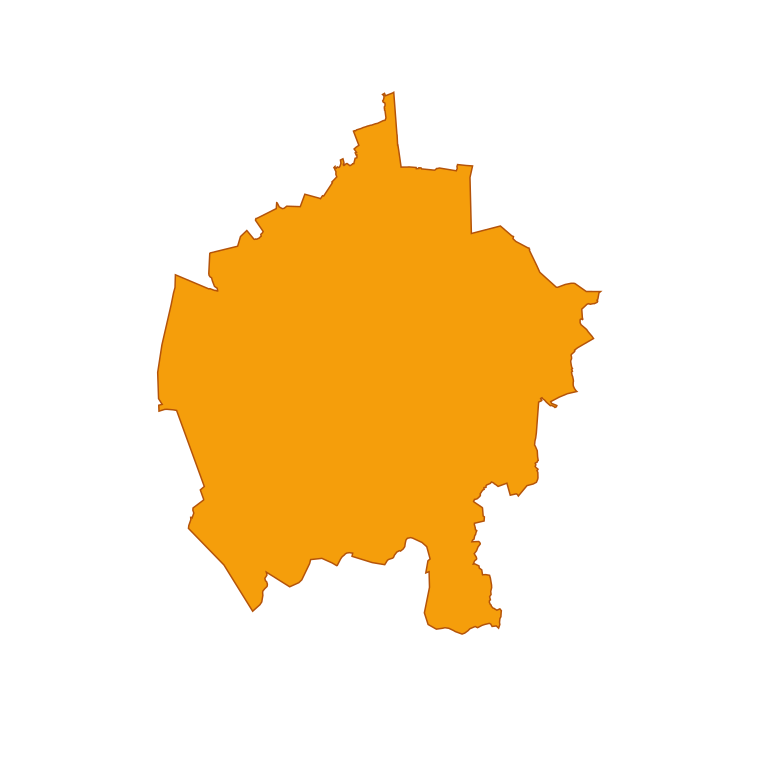 outline of Tierra Blanca, Guanajuato, Mexico, rotated 68°
{"feature_id": "50627088B54720368473271", "entity_name": "Tierra Blanca", "entity_type": "district", "adm_level": 2, "iso_a3": "MEX", "parent_name": "Mexico", "parent_adm1": "Guanajuato", "projection": "orthographic", "projection_center": [-100.168, 21.039], "detail": "fine", "context": "isolated", "style": "filled", "palette": "amber", "viewbox_px": 768, "rotation_deg": 68, "n_neighbors": 0, "source": "geoboundaries", "source_scale": "gbopen_adm2", "svg_char_len": 6158}
<svg xmlns="http://www.w3.org/2000/svg" viewBox="0 0 768 768"><g transform="rotate(68 384 384)"><path d="M115.0,276.9L116.6,276.2L117.8,276.4L119.3,277.3L120.6,278.4L120.9,279.1L121.9,279.2L122.7,279.0L123.3,278.2L123.9,278.0L125.0,278.2L126.3,278.8L127.0,279.4L127.0,279.7L128.3,280.4L128.7,280.2L130.2,280.9L131.0,280.7L138.0,282.5L139.9,284.2L139.5,286.0L139.9,292.3L139.5,294.5L139.3,299.1L139.0,299.6L138.8,302.5L138.6,302.8L138.7,304.1L138.4,307.2L138.5,309.5L138.1,314.3L138.4,315.2L138.6,315.5L138.1,316.4L138.1,317.6L153.3,317.9L154.0,321.2L154.9,323.7L158.9,322.7L158.9,324.1L161.6,324.0L161.5,323.4L163.2,323.9L164.1,324.5L163.9,326.2L168.4,329.5L168.0,330.6L168.5,331.4L168.8,333.5L168.8,333.8L165.8,335.6L165.6,336.2L165.8,337.7L166.3,338.6L166.4,339.3L165.9,339.6L165.0,339.4L164.6,339.0L164.6,338.6L163.7,338.2L159.8,337.7L160.0,340.5L163.1,341.2L164.8,342.5L165.9,343.6L166.3,344.3L166.3,344.9L165.2,346.0L165.7,347.0L166.1,347.3L165.5,348.0L165.1,348.2L164.4,348.2L163.9,347.9L163.9,348.1L164.2,348.5L164.6,349.4L166.1,349.1L166.9,349.2L169.1,349.0L171.6,350.1L174.3,350.2L177.2,356.7L178.1,356.5L187.1,369.5L186.4,370.5L188.4,373.5L187.4,374.5L178.4,386.3L188.2,395.2L182.7,407.6L183.7,410.8L183.3,412.6L180.6,414.8L176.1,415.2L175.7,415.6L181.0,418.2L182.8,439.8L182.6,440.8L183.2,441.1L183.7,441.7L184.0,441.8L185.2,441.6L197.3,438.9L198.4,440.2L198.8,441.6L199.4,442.3L199.5,442.4L200.3,442.3L201.0,442.5L201.5,444.3L202.0,445.0L201.9,445.7L202.1,447.4L201.9,448.3L201.5,448.5L201.4,449.9L201.1,450.3L190.3,453.7L193.5,461.8L201.3,468.0L201.4,468.3L197.4,495.8L197.6,496.6L216.0,505.1L217.8,505.5L219.8,505.0L220.9,504.1L224.1,504.5L230.0,504.6L232.7,502.8L235.4,503.3L235.4,503.5L234.9,504.3L234.1,505.2L233.8,506.0L230.4,509.7L230.2,510.8L204.6,536.5L216.2,541.6L220.8,545.1L230.7,551.6L264.6,575.3L288.5,589.5L313.1,598.5L319.8,597.3L319.3,600.8L324.9,602.8L325.4,596.8L326.1,594.8L329.0,589.1L330.8,586.2L411.7,589.0L413.4,594.0L423.2,594.4L424.0,594.8L427.4,607.5L429.4,608.5L432.4,608.7L436.2,612.0L435.5,612.4L435.2,613.2L437.4,613.9L442.1,618.0L444.6,619.4L491.8,600.2L545.5,590.9L542.2,581.8L540.3,579.0L534.6,575.5L532.0,574.7L530.6,573.9L529.2,571.4L528.0,568.5L527.5,567.9L525.9,567.1L523.5,566.9L521.9,567.6L519.6,567.3L517.3,564.1L514.3,563.6L536.7,547.4L536.3,537.4L534.8,533.6L522.7,520.3L519.3,517.8L522.4,506.9L530.4,499.2L534.7,495.9L534.7,495.3L529.9,489.7L528.5,487.5L527.7,484.9L527.0,483.4L526.8,481.8L527.4,479.3L529.1,476.4L531.8,478.2L545.2,461.8L551.8,451.0L548.7,446.8L548.4,445.1L548.7,441.2L548.3,440.1L546.5,438.3L545.4,436.3L544.7,435.4L544.3,432.2L545.1,431.3L544.2,428.1L542.6,425.7L539.7,424.0L536.9,422.1L535.8,420.1L536.4,416.8L537.7,415.1L545.2,408.1L550.9,405.3L563.5,406.8L564.4,409.5L574.8,416.0L574.9,412.5L589.6,418.0L611.3,432.3L623.5,433.2L630.9,427.3L632.4,421.3L632.8,418.8L634.8,415.4L638.6,411.9L640.3,410.6L645.1,405.3L645.2,402.4L644.2,398.5L643.1,396.1L643.0,390.3L645.0,388.5L644.5,383.6L644.7,380.5L645.4,376.0L646.5,375.0L649.3,374.6L650.4,370.5L653.3,369.2L650.4,366.7L648.3,366.2L644.9,364.4L643.6,362.8L639.2,360.7L638.2,360.1L635.9,360.8L636.0,364.1L634.3,365.3L634.1,365.6L633.5,365.8L632.7,366.8L630.3,367.7L629.1,367.5L628.3,368.0L625.7,368.1L624.3,367.3L624.0,366.2L620.8,365.8L619.3,363.6L616.2,362.7L613.2,360.5L610.7,359.6L603.9,358.1L600.9,357.8L598.8,361.1L597.8,364.1L592.9,363.0L590.4,364.6L588.2,364.1L584.8,367.2L584.4,368.7L581.8,366.1L581.2,363.9L580.4,363.4L578.3,363.3L578.1,363.5L575.1,363.9L573.3,360.7L570.3,357.9L568.4,354.7L567.7,354.5L566.5,354.7L565.5,355.2L563.2,361.6L562.1,360.5L561.7,359.7L561.6,358.7L558.9,356.9L558.3,356.3L558.0,355.6L555.7,354.0L555.5,353.6L554.6,352.9L553.4,353.8L551.2,353.2L548.3,352.9L547.0,352.3L548.5,342.5L544.8,340.7L543.5,341.5L535.8,339.1L535.2,339.3L527.9,344.2L526.5,345.0L526.1,344.7L525.5,344.1L525.4,343.6L524.9,343.3L525.2,342.3L525.3,340.4L524.0,337.1L523.4,336.4L523.0,336.5L522.5,336.0L521.9,336.0L521.7,335.8L521.0,334.6L520.3,333.8L519.3,331.9L519.2,330.6L518.5,330.6L517.9,330.4L517.5,330.1L518.0,328.7L518.0,328.1L516.6,327.5L516.1,326.8L516.0,322.8L515.9,322.4L515.4,321.8L515.2,320.9L515.5,320.8L516.1,320.0L517.0,319.3L517.8,319.1L519.2,318.0L521.7,316.6L522.0,307.2L534.4,308.6L535.4,302.5L536.5,301.7L538.2,301.4L531.8,289.5L532.6,283.0L532.2,279.5L530.0,277.3L528.7,276.4L523.6,274.5L521.5,274.6L521.3,273.8L520.7,273.1L518.3,274.4L516.9,274.7L515.9,273.5L514.1,273.5L513.9,273.1L513.9,271.4L512.8,270.4L512.7,269.7L508.9,268.8L503.3,266.9L498.3,267.0L497.1,267.3L493.4,265.4L490.9,263.6L486.5,261.1L458.7,247.4L458.6,244.7L458.4,243.9L456.1,244.2L455.9,242.7L457.5,242.2L458.9,241.2L461.6,240.3L466.4,237.9L466.7,236.6L468.6,234.9L469.8,234.3L469.7,232.7L468.7,231.8L464.8,235.8L462.8,236.1L461.8,226.3L461.7,217.6L463.2,208.0L462.1,208.5L459.6,209.1L457.0,209.2L455.6,208.9L453.2,207.9L452.4,207.3L451.0,206.9L447.8,206.3L446.1,206.3L443.2,205.7L442.8,204.5L440.6,204.6L440.5,203.8L440.2,203.4L439.0,203.7L436.6,203.3L433.2,202.5L432.2,202.0L430.8,200.6L429.2,200.0L427.5,199.8L426.8,199.2L425.5,195.6L424.8,194.6L424.0,194.7L422.9,190.8L420.3,172.7L417.6,173.3L412.2,175.1L409.4,175.7L402.8,179.1L400.6,179.2L398.1,178.2L397.6,177.7L397.6,176.7L398.6,175.9L398.4,175.4L396.7,175.2L388.7,172.6L386.1,165.8L386.1,164.4L386.5,164.1L386.6,163.6L387.3,163.0L387.8,160.2L388.3,158.8L388.1,155.8L387.5,155.0L387.1,154.8L386.9,154.8L386.5,155.2L386.0,155.1L385.6,154.2L384.9,153.6L380.1,150.6L379.4,148.6L374.0,161.8L362.4,169.3L361.7,170.3L360.7,172.8L359.6,178.7L359.4,186.8L358.8,188.0L338.8,197.7L331.4,198.0L314.7,199.1L313.6,198.5L312.8,198.8L312.1,198.7L311.9,199.4L301.3,208.3L297.6,210.0L295.8,208.7L294.5,210.0L281.1,216.9L277.2,246.6L224.7,226.9L215.0,220.2L212.1,226.1L208.1,233.6L208.7,233.9L208.9,234.3L209.9,235.0L211.4,235.2L213.4,237.1L204.5,251.7L204.2,253.8L203.9,254.4L204.6,256.3L204.7,257.0L198.6,268.6L197.5,268.7L196.6,270.7L197.2,271.0L196.5,273.4L195.3,273.1L192.1,279.5L191.6,281.1L189.3,286.9L173.2,282.9L167.6,281.6L167.6,281.9L158.1,278.6L157.0,278.4L117.2,265.7L117.4,267.0L117.3,274.6L114.7,274.7L115.0,276.9Z" fill="#f59e0b" stroke="#b45309" stroke-width="1.5"/></g></svg>